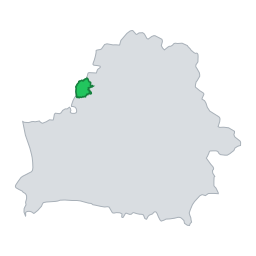 Astravyets, Grodno, Belarus shown in context
{"feature_id": "67162791B54270193950847", "entity_name": "Astravyets", "entity_type": "district", "adm_level": 2, "iso_a3": "BLR", "parent_name": "Belarus", "parent_adm1": "Grodno", "projection": "mercator", "projection_center": [26.135, 54.766], "detail": "fine", "context": "in_parent", "style": "filled", "palette": "green", "viewbox_px": 256, "rotation_deg": 0, "n_neighbors": 0, "source": "geoboundaries", "source_scale": "gbopen_adm2", "svg_char_len": 5374}
<svg xmlns="http://www.w3.org/2000/svg" viewBox="0 0 256 256"><path d="M218.3,193.7L213.8,193.4L208.4,193.5L205.4,195.6L202.1,194.6L199.8,195.8L194.5,201.6L192.4,204.7L190.4,209.5L189.2,213.0L189.9,215.5L190.8,217.7L191.1,220.2L191.6,222.1L190.2,223.5L189.5,225.5L187.2,225.2L184.5,223.3L183.9,220.5L181.8,218.5L180.4,217.5L178.1,217.3L174.5,218.2L169.7,218.9L166.0,219.1L164.1,220.1L161.2,221.1L160.0,219.9L158.4,216.8L157.1,213.6L156.2,212.2L155.4,211.8L154.4,211.9L153.3,212.9L152.5,213.9L149.4,215.1L148.1,216.3L146.6,219.2L145.7,219.0L144.7,218.3L143.5,215.0L141.9,214.3L139.4,214.2L136.2,213.5L133.7,212.6L132.8,212.8L131.3,214.2L129.6,214.4L126.0,213.1L125.3,213.7L123.2,217.3L122.3,217.5L121.7,217.0L122.0,213.9L119.9,212.8L116.4,212.6L113.9,213.1L112.7,212.9L112.1,212.3L109.1,207.1L107.5,206.7L104.6,207.0L100.4,206.3L95.5,205.2L92.8,204.7L91.4,203.5L88.4,203.1L80.3,200.9L77.0,200.5L72.2,200.5L64.8,200.0L60.1,200.2L57.9,201.0L55.3,201.4L46.5,202.0L43.4,202.6L42.5,203.8L41.5,206.2L37.8,210.4L34.3,213.2L33.7,213.4L31.6,211.9L29.9,211.4L27.9,211.3L26.5,211.8L25.6,212.4L25.7,215.7L25.5,216.0L24.0,212.1L24.1,208.7L25.0,206.7L26.0,204.9L25.6,202.2L26.6,198.6L26.6,196.0L26.2,194.9L25.4,193.6L23.1,192.2L22.1,191.0L19.0,189.5L15.9,187.7L15.4,186.5L15.5,185.7L16.0,184.6L18.4,181.0L20.9,177.6L22.6,176.3L31.2,171.9L32.5,170.4L32.9,167.7L32.7,162.5L32.2,157.7L31.5,154.3L29.9,148.1L25.4,135.1L22.7,121.5L24.4,122.3L28.6,122.6L31.8,121.6L33.5,121.5L35.1,121.8L39.4,121.0L40.4,122.2L42.4,123.3L46.2,121.8L49.5,119.8L53.0,120.1L53.5,119.1L54.4,114.2L55.4,113.2L59.6,113.7L61.1,112.8L62.7,110.4L65.2,108.9L67.2,108.9L69.4,107.2L70.4,108.3L70.9,110.4L70.2,112.0L70.5,112.6L72.0,113.4L74.6,113.4L76.2,112.7L76.6,111.8L76.6,110.1L76.2,108.6L75.1,107.2L73.1,106.5L71.6,106.5L71.4,105.6L71.9,103.8L73.1,100.4L74.7,97.4L75.6,96.2L75.8,95.1L75.6,93.3L75.5,89.9L76.9,85.2L78.8,81.7L81.3,80.5L84.3,79.9L86.2,78.2L87.2,76.3L88.0,73.2L89.0,72.6L96.3,73.0L97.4,69.9L98.0,69.1L99.5,68.1L100.4,67.1L100.1,66.2L98.2,65.7L93.8,65.2L92.9,64.2L93.2,63.0L94.4,59.8L95.5,55.7L96.1,52.5L96.1,50.6L96.8,50.1L100.3,49.5L101.5,48.9L104.6,44.5L107.0,43.8L113.0,44.9L115.8,44.8L119.4,45.1L119.7,44.7L120.9,40.4L126.9,33.4L130.1,31.0L132.1,30.5L132.8,30.6L136.1,34.3L136.8,34.4L139.0,32.9L142.7,32.7L144.4,34.0L146.9,38.5L148.1,39.1L151.7,36.5L153.7,35.7L155.0,35.7L161.8,39.2L162.3,40.3L162.4,41.6L161.3,45.7L162.7,48.2L164.4,49.9L167.9,47.1L169.2,46.3L170.6,46.3L172.4,45.3L173.8,43.7L175.1,43.2L177.6,43.5L182.1,43.2L187.4,45.6L187.8,46.4L190.5,49.2L191.4,50.7L192.3,51.1L193.7,52.5L195.5,53.4L196.8,53.1L197.5,53.6L198.0,54.7L198.1,56.6L197.9,61.9L196.0,64.7L195.8,65.7L195.8,66.8L197.3,69.1L199.3,72.7L199.7,74.7L199.7,76.3L197.1,80.8L196.2,81.8L195.6,84.1L195.3,86.3L195.5,87.2L199.9,90.8L203.1,92.8L203.8,93.7L203.9,94.3L202.2,98.1L202.0,99.1L204.6,100.7L206.0,103.2L207.3,107.3L209.8,111.1L218.9,116.8L219.7,117.8L220.0,119.0L219.7,121.6L218.1,126.6L219.6,127.4L223.7,127.2L228.6,127.8L234.5,131.3L234.5,132.9L233.9,134.3L234.3,135.9L235.0,137.1L240.1,141.1L240.6,142.2L240.6,144.1L240.5,145.5L239.1,145.8L237.5,146.4L234.9,148.1L233.9,150.5L229.8,153.7L227.2,155.2L225.2,155.2L220.3,154.6L218.6,153.0L217.9,151.5L216.0,150.8L213.5,150.8L210.1,151.0L209.4,151.5L208.8,153.3L207.4,156.4L206.3,158.1L210.7,164.2L212.9,166.7L213.6,168.2L213.5,169.3L212.5,170.5L212.7,173.1L214.8,176.5L214.1,177.0L213.9,181.1L213.9,185.5L214.4,186.6L215.6,187.5L216.5,189.1L218.2,192.7L218.3,193.7Z" fill="#d9dde1" stroke="#a8b0b8" stroke-width="1"/><path d="M92.8,86.4L92.7,86.4L92.8,85.9L92.5,85.6L92.2,85.5L91.9,85.7L91.7,85.9L91.3,85.9L91.0,86.0L90.8,86.1L90.6,85.9L90.4,85.6L90.3,85.2L90.6,84.4L90.5,84.1L90.5,83.7L90.5,83.4L90.7,83.2L90.7,82.8L90.6,82.4L90.1,82.0L89.8,82.0L89.3,81.9L88.9,81.6L88.7,81.1L88.7,80.8L88.5,80.5L88.4,80.2L88.2,79.9L88.1,79.4L88.1,79.2L87.9,78.9L87.6,78.8L87.4,78.6L87.3,78.4L87.1,78.2L87.0,78.6L86.7,78.8L86.0,78.9L85.4,78.9L84.9,79.1L84.8,79.6L84.6,79.6L84.0,79.7L83.9,80.2L83.8,80.5L83.5,80.7L83.2,80.9L82.7,80.9L82.3,80.6L82.0,80.3L81.6,80.3L81.1,80.6L80.3,81.1L80.0,81.3L79.7,81.1L79.4,81.0L79.2,81.3L78.8,81.5L78.8,82.0L78.8,82.5L78.5,82.8L77.9,83.5L77.3,84.1L76.9,84.5L77.0,85.1L76.7,85.8L76.3,85.9L76.0,86.2L75.8,86.8L75.9,87.5L76.2,87.9L76.2,88.7L76.1,89.9L76.0,90.8L75.9,91.4L76.0,92.4L76.2,93.1L76.3,93.8L76.4,94.4L76.6,95.1L76.5,95.7L76.3,96.3L76.5,96.7L76.8,96.9L76.9,97.1L76.9,97.4L77.1,97.5L77.3,97.5L77.5,97.3L77.8,96.8L78.1,97.0L78.3,97.3L78.7,97.2L78.9,97.1L79.1,97.4L79.2,97.7L79.4,97.6L79.8,97.4L80.0,97.3L80.2,97.1L80.4,97.0L80.7,97.2L81.1,97.4L81.4,97.4L81.8,97.3L82.2,97.0L82.6,96.6L83.0,96.8L83.1,97.0L83.4,97.0L83.7,96.8L84.1,96.5L84.7,96.7L85.2,96.9L85.6,96.7L85.6,96.3L85.5,96.0L85.9,95.7L86.3,95.3L86.6,95.1L86.6,94.7L86.7,94.3L86.9,94.2L87.2,94.1L87.7,94.3L87.9,94.5L88.1,94.1L88.4,93.7L88.8,93.3L89.3,93.0L89.5,93.1L89.6,93.4L89.8,93.6L89.9,93.9L90.3,93.9L90.7,93.9L91.0,93.8L91.3,93.5L91.2,93.2L91.2,92.7L91.2,92.3L91.0,92.1L90.7,91.9L90.3,91.9L90.1,91.5L89.9,91.4L89.4,91.4L89.2,91.0L89.3,90.7L89.5,90.5L89.7,90.3L89.5,90.1L89.1,90.0L88.7,89.9L88.2,89.9L88.0,89.7L88.1,89.4L88.3,89.1L88.5,89.0L88.7,88.8L88.8,88.6L88.7,88.5L88.5,88.3L88.4,88.2L88.3,87.8L88.6,87.7L89.0,87.5L89.5,87.6L89.9,87.7L90.3,87.3L90.6,87.2L91.0,87.1L91.3,87.1L91.8,87.0L92.1,86.9L92.3,86.8L92.5,86.6L92.8,86.4Z" fill="#22c55e" stroke="#15803d" stroke-width="1.5"/></svg>